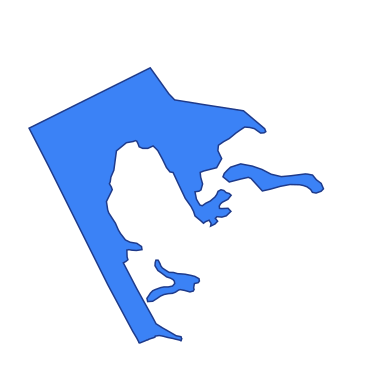 outline of Al-Ganoub, Bur Sa`id, Egypt, rotated 155°
{"feature_id": "37247803B91562573257971", "entity_name": "Al-Ganoub", "entity_type": "district", "adm_level": 2, "iso_a3": "EGY", "parent_name": "Egypt", "parent_adm1": "Bur Sa`id", "projection": "albers", "projection_center": [32.225, 31.141], "detail": "fine", "context": "isolated", "style": "filled", "palette": "blue", "viewbox_px": 384, "rotation_deg": 155, "n_neighbors": 0, "source": "geoboundaries", "source_scale": "gbopen_adm2", "svg_char_len": 3107}
<svg xmlns="http://www.w3.org/2000/svg" viewBox="0 0 384 384"><g transform="rotate(155 192 192)"><path d="M312.7,318.7L311.0,275.2L307.5,143.7L304.6,90.9L303.8,82.9L303.7,80.6L303.7,80.0L303.6,79.0L303.6,78.2L303.8,78.0L303.8,77.9L303.7,77.8L303.7,77.7L303.1,77.2L302.7,77.2L300.8,77.1L297.3,76.9L295.4,76.9L295.1,76.7L294.4,76.6L293.8,76.8L292.4,76.7L290.7,76.5L289.2,76.3L289.1,76.2L288.9,76.2L288.8,76.3L287.9,76.2L287.7,76.1L287.2,76.1L286.9,76.1L286.7,76.4L286.5,76.8L286.2,76.9L282.4,75.8L280.3,74.4L278.6,73.1L277.7,72.3L275.3,70.3L270.9,67.1L270.0,66.3L266.2,63.3L265.3,62.6L265.2,62.1L264.7,61.8L263.3,63.4L263.4,63.5L263.1,65.5L267.1,68.4L270.9,73.9L276.3,81.5L280.3,87.8L280.6,94.3L282.9,127.1L284.2,156.8L281.3,157.0L278.7,157.7L278.3,160.5L275.6,166.9L273.5,166.4L271.1,164.7L267.1,162.5L261.7,160.9L260.8,163.9L263.7,168.8L269.4,172.7L272.6,176.7L274.4,184.6L274.8,188.9L274.6,196.1L276.3,208.2L276.0,211.3L273.6,219.5L267.4,224.5L263.3,227.8L263.0,230.6L263.4,234.4L261.8,235.8L259.2,239.8L253.6,244.8L243.1,261.2L230.6,264.4L223.9,262.6L221.6,262.5L220.6,261.4L220.5,258.8L220.8,255.3L218.3,252.4L213.6,250.2L207.8,250.2L206.5,247.0L205.5,244.0L204.9,234.0L204.8,225.0L203.5,219.5L200.9,217.7L200.9,204.7L200.8,189.1L199.0,179.2L198.8,173.7L199.4,169.0L196.2,162.2L194.8,158.8L192.2,159.4L188.4,159.2L188.0,155.3L189.6,153.2L184.7,153.3L181.1,154.7L182.0,158.3L179.8,159.1L175.5,156.6L171.0,155.9L164.9,158.0L166.2,162.0L172.0,164.4L174.0,165.5L173.3,167.7L171.2,169.2L168.9,169.9L162.5,170.2L157.9,172.5L158.9,174.9L161.3,177.0L162.5,179.9L164.8,181.8L168.1,181.6L170.6,179.3L173.4,177.7L179.3,176.1L184.3,176.0L188.5,175.2L190.3,176.8L190.7,179.8L191.0,183.7L189.2,190.9L185.3,189.8L183.0,190.1L179.0,194.8L177.9,201.7L176.3,206.3L172.6,206.1L167.8,205.2L159.4,203.6L151.0,209.7L151.1,218.5L148.3,223.2L141.9,224.3L135.7,224.7L127.2,226.9L122.1,227.8L116.8,228.6L112.4,226.1L108.7,223.1L104.9,216.4L101.7,215.2L99.6,215.5L99.4,218.7L111.0,243.8L145.7,267.1L168.8,282.8L171.5,290.7L176.7,318.7L177.4,322.2L312.7,318.7ZM150.6,196.9L154.9,195.2L157.5,192.7L154.0,185.3L142.6,183.2L134.8,181.5L132.8,179.3L127.8,163.2L119.5,161.4L109.5,159.8L100.1,157.4L91.4,153.1L88.3,150.8L85.5,148.0L83.4,144.1L83.0,140.8L80.0,138.6L74.7,138.1L71.5,139.3L71.3,145.2L74.1,150.5L75.6,156.4L79.6,159.3L81.7,160.5L95.7,165.0L104.6,168.2L112.8,174.7L119.0,182.8L126.4,190.0L136.0,196.9L146.6,198.2L150.6,196.9ZM240.4,106.0L236.1,102.3L232.7,101.7L231.2,102.9L231.1,104.3L229.9,106.1L228.5,108.0L224.7,107.2L222.9,108.2L222.3,110.5L225.1,114.3L228.1,116.8L233.0,120.4L235.6,121.9L239.6,124.1L242.8,126.9L246.8,128.9L249.4,133.0L251.0,135.7L251.5,138.2L251.3,140.3L251.4,143.1L251.5,144.5L253.5,145.5L255.1,143.7L256.7,140.8L256.1,135.3L253.7,131.1L250.9,125.8L247.9,123.0L246.2,120.6L245.7,118.7L246.3,116.4L249.4,115.0L253.7,116.0L257.5,117.8L260.7,118.6L266.5,119.1L269.3,119.1L272.3,118.0L276.0,115.7L277.8,114.7L278.5,111.4L273.8,109.6L268.5,110.3L264.5,111.0L260.6,110.9L256.5,109.9L252.5,108.4L249.3,108.2L245.5,108.8L243.9,108.5L240.4,106.0Z" fill="#3b82f6" stroke="#1e3a8a" stroke-width="1.5"/></g></svg>